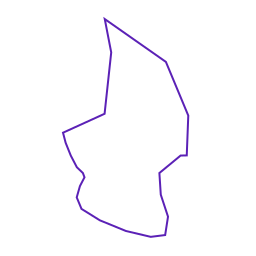 outline of Jervis Bay Territory, rotated 101°
{"feature_id": "AUS-1932", "entity_name": "Jervis Bay Territory", "entity_type": "Territory", "adm_level": 1, "iso_a3": "AUS", "parent_name": "Australia", "parent_adm1": "", "projection": "mercator", "projection_center": [150.718, -35.16], "detail": "fine", "context": "isolated", "style": "outline", "palette": "violet", "viewbox_px": 256, "rotation_deg": 101, "n_neighbors": 0, "source": "natural_earth", "source_scale": "10m", "svg_char_len": 442}
<svg xmlns="http://www.w3.org/2000/svg" viewBox="0 0 256 256"><g transform="rotate(101 128 128)"><path d="M143.7,65.1L145.0,71.1L166.2,88.6L187.2,83.1L207.4,71.8L226.0,71.1L230.5,84.9L229.5,110.4L224.0,138.0L216.3,158.2L205.9,165.1L194.2,164.1L184.7,161.3L180.8,163.7L176.3,170.7L166.0,178.9L154.4,186.4L145.0,190.9L118.5,153.7L57.0,158.9L25.5,171.6L55.9,103.4L104.3,71.2L143.7,65.1Z" fill="none" stroke="#5b21b6" stroke-width="2"/></g></svg>